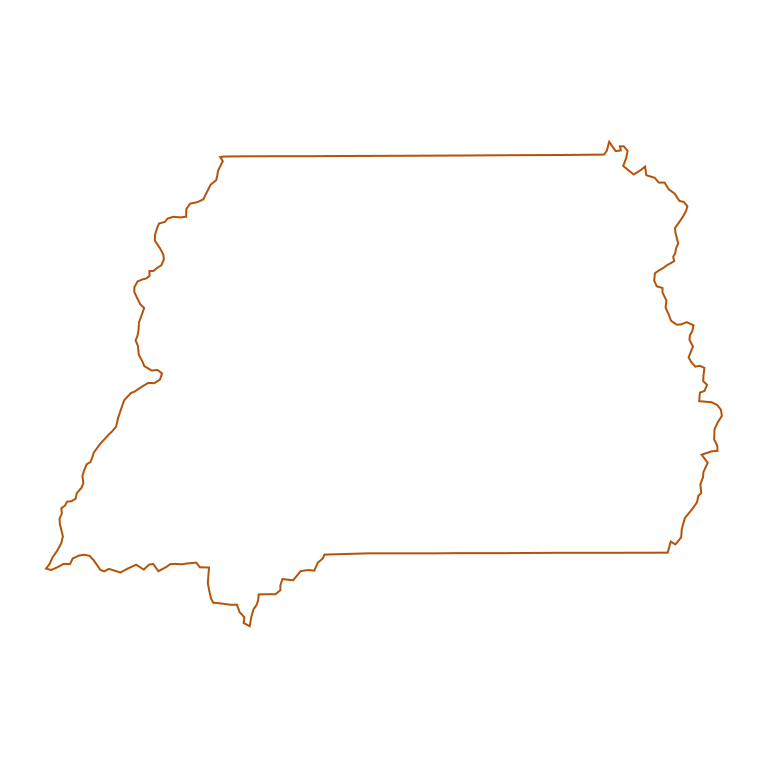 Rolim de Moura, Rondônia, Brazil
{"feature_id": "56859067B5137929458601", "entity_name": "Rolim de Moura", "entity_type": "district", "adm_level": 2, "iso_a3": "BRA", "parent_name": "Brazil", "parent_adm1": "Rondônia", "projection": "robinson", "projection_center": [-61.8, -11.741], "detail": "fine", "context": "isolated", "style": "outline", "palette": "amber", "viewbox_px": 768, "rotation_deg": 0, "n_neighbors": 0, "source": "geoboundaries", "source_scale": "gbopen_adm2", "svg_char_len": 3118}
<svg xmlns="http://www.w3.org/2000/svg" viewBox="0 0 768 768"><path d="M249.7,626.2L251.4,616.6L253.6,609.1L256.5,605.0L258.2,600.2L258.7,594.4L270.6,594.2L275.4,594.3L280.4,590.2L280.4,585.5L282.4,579.1L293.1,580.3L300.7,571.1L308.5,570.0L314.2,570.7L317.9,562.6L322.8,558.5L324.4,554.6L369.1,553.3L414.6,553.3L438.7,553.3L461.1,553.1L508.6,553.1L557.8,552.8L608.3,552.8L655.8,552.7L667.7,552.7L670.7,541.6L675.4,544.4L681.2,537.3L681.8,529.0L684.8,518.1L692.7,508.5L697.0,502.3L698.4,495.7L701.2,493.0L700.4,484.2L703.0,477.2L703.4,472.1L707.7,462.8L701.7,454.7L706.3,453.1L711.8,451.3L717.5,450.9L717.3,445.8L714.1,439.4L714.5,429.3L717.7,422.3L721.9,415.9L720.9,409.7L717.3,405.1L711.5,402.2L699.2,401.2L699.9,392.6L704.5,390.9L707.1,384.8L703.2,381.1L703.5,375.4L704.4,367.9L699.8,365.8L695.4,366.7L691.4,362.2L688.6,357.4L691.2,350.8L693.0,346.6L689.4,339.7L690.0,334.9L692.2,331.5L693.5,325.3L686.8,322.2L681.0,324.4L676.6,324.7L671.0,320.7L668.7,314.4L665.6,307.7L666.4,300.4L662.5,292.6L662.5,288.0L656.7,286.3L654.2,280.6L654.9,273.3L658.5,270.7L663.2,268.0L667.3,265.0L670.7,263.2L674.2,261.1L673.2,256.8L675.2,253.3L676.0,248.5L678.2,243.5L675.4,232.5L675.0,227.9L679.0,222.5L683.2,216.2L686.1,210.8L687.4,206.3L683.7,201.9L679.4,200.9L674.6,193.6L668.7,189.3L664.6,182.6L658.8,182.6L654.7,177.8L646.3,175.2L645.1,166.6L640.3,170.4L633.7,174.5L623.2,166.0L626.2,158.0L627.6,150.9L623.8,146.3L619.9,146.3L620.8,150.4L615.6,151.1L609.2,141.8L606.8,150.7L604.0,154.6L560.4,155.0L511.4,155.2L464.8,155.5L418.3,155.7L372.1,155.9L322.5,156.1L311.7,156.2L276.6,156.2L233.4,156.4L227.8,156.5L224.0,156.5L220.2,157.1L222.8,161.2L220.6,165.5L218.0,170.8L217.4,175.1L216.2,180.2L210.6,184.7L207.4,191.1L203.3,199.3L197.5,202.1L190.1,203.7L186.4,208.9L186.1,216.7L180.8,217.4L173.2,216.8L167.4,218.7L164.9,221.9L159.0,223.5L157.0,228.4L155.0,234.8L154.8,240.5L160.0,248.3L163.2,254.3L163.9,259.3L161.4,265.2L156.8,268.2L153.6,270.9L149.4,271.1L149.6,275.9L146.1,278.5L142.4,279.4L137.5,281.5L134.3,287.4L134.3,292.0L137.0,297.7L140.3,304.3L144.2,308.0L139.0,322.3L138.5,330.1L137.5,335.8L135.6,340.4L137.9,345.9L138.8,354.9L142.2,361.0L144.3,366.1L151.8,370.6L157.4,369.9L162.0,373.3L160.0,379.5L154.3,383.2L148.2,382.9L140.6,387.5L134.4,391.7L130.9,393.0L124.1,400.3L118.1,417.9L116.1,426.6L112.0,431.5L108.7,434.6L105.0,438.7L100.8,443.1L98.4,446.3L93.8,452.5L92.0,458.2L90.4,462.0L86.6,464.4L84.1,470.5L82.4,475.8L83.4,483.2L81.4,487.9L76.8,493.1L75.5,498.9L71.3,501.3L67.2,501.6L64.8,505.8L61.3,508.2L61.9,513.3L59.5,518.8L59.9,524.1L62.9,536.4L61.3,543.2L57.3,550.5L52.3,557.8L49.7,563.8L46.1,568.6L51.1,570.0L57.1,567.4L63.5,563.9L70.0,564.1L72.7,558.5L78.8,555.6L84.2,554.7L89.6,555.9L93.6,560.1L100.3,569.8L104.1,571.4L108.9,568.9L116.3,571.2L120.5,572.5L127.7,568.6L136.1,564.7L143.8,569.6L149.0,564.7L153.2,563.9L158.4,571.2L166.5,566.8L170.3,564.1L174.8,563.9L181.9,564.3L186.1,563.6L196.3,562.6L199.8,567.3L209.0,567.5L207.8,583.2L209.2,590.5L211.0,598.4L213.2,602.7L219.8,603.3L230.7,604.8L236.9,604.7L239.7,612.3L244.3,617.1L243.7,623.0L249.7,626.2Z" fill="none" stroke="#b45309" stroke-width="2"/></svg>